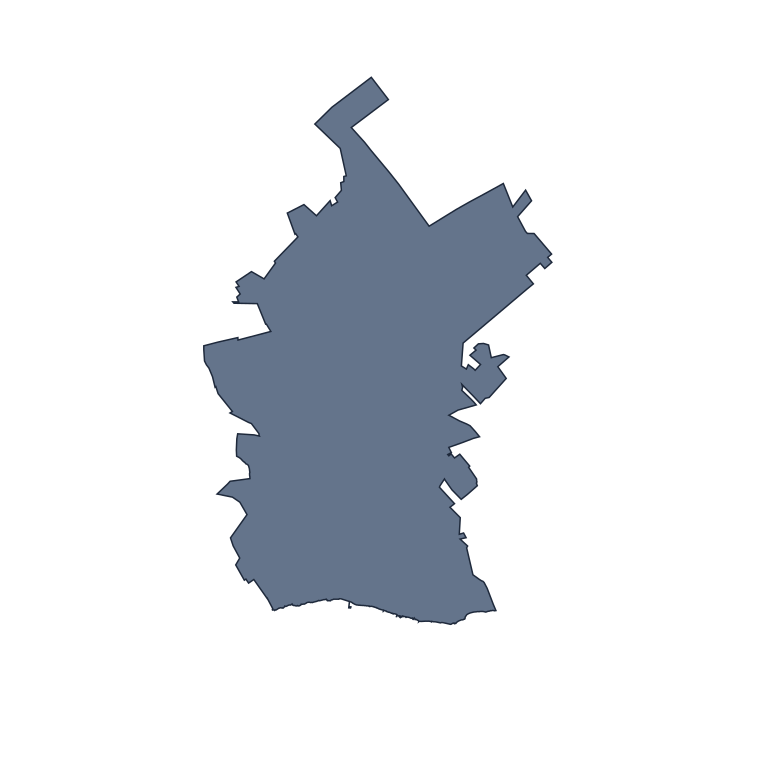 the district of Campeche, Campeche, Mexico, rotated 230°
{"feature_id": "50627088B29480766363328", "entity_name": "Campeche", "entity_type": "district", "adm_level": 2, "iso_a3": "MEX", "parent_name": "Mexico", "parent_adm1": "Campeche", "projection": "mercator", "projection_center": [-90.58, 19.715], "detail": "fine", "context": "isolated", "style": "filled", "palette": "slate", "viewbox_px": 768, "rotation_deg": 230, "n_neighbors": 0, "source": "geoboundaries", "source_scale": "gbopen_adm2", "svg_char_len": 6015}
<svg xmlns="http://www.w3.org/2000/svg" viewBox="0 0 768 768"><g transform="rotate(230 384 384)"><path d="M508.7,260.1L499.8,257.3L490.1,252.5L490.1,253.5L483.2,250.7L460.4,250.2L460.8,247.4L441.7,255.5L438.9,257.0L426.3,256.3L425.2,255.4L424.2,255.1L428.5,251.8L439.9,239.9L436.6,236.0L428.4,228.5L423.4,224.7L421.0,225.7L418.7,226.3L417.6,226.2L417.2,226.4L416.3,226.3L414.0,226.7L413.8,226.9L411.5,226.9L410.6,227.5L408.8,227.8L405.8,226.5L402.4,224.3L402.1,223.7L400.4,222.3L399.7,222.0L397.7,220.5L408.4,203.6L407.9,199.8L407.0,185.4L394.7,195.2L386.1,197.6L372.0,195.1L364.8,167.5L357.0,164.4L343.4,161.6L340.7,154.1L323.5,150.9L323.3,152.8L318.5,152.3L317.9,158.6L294.5,156.6L294.6,156.8L283.5,154.4L282.9,153.4L282.5,153.3L281.5,154.6L281.1,154.9L280.8,154.8L280.7,155.7L280.3,156.0L279.8,159.5L279.4,160.0L279.2,160.9L278.0,161.8L278.0,162.1L277.7,162.1L277.1,162.9L277.3,164.1L277.2,164.8L277.6,165.2L276.6,166.0L276.1,167.6L276.1,168.4L275.8,168.7L275.6,169.4L274.8,170.2L274.8,170.8L274.6,171.0L274.5,171.5L274.6,172.2L274.2,172.2L273.8,171.8L273.3,171.9L273.0,172.2L272.4,172.4L272.1,172.6L271.8,173.2L270.8,173.7L270.7,173.9L270.2,174.3L269.9,174.8L270.0,175.2L269.1,175.6L268.7,176.4L268.5,176.5L268.2,177.8L268.3,178.6L268.6,178.9L268.5,179.1L268.1,179.2L268.0,179.7L267.4,180.3L267.0,181.2L266.5,181.6L266.1,183.8L266.2,184.2L266.0,184.7L265.0,186.4L263.8,187.2L263.2,188.2L262.6,188.6L262.2,189.8L260.7,192.8L260.2,194.7L259.9,194.7L259.6,195.3L259.3,195.4L257.8,198.6L257.8,198.9L256.9,200.0L256.3,201.4L255.9,201.2L255.3,201.5L254.9,201.3L254.4,201.3L254.3,201.8L254.1,201.8L253.2,202.6L252.8,203.3L252.3,203.7L252.5,204.1L252.3,205.2L251.9,205.6L251.6,207.0L248.3,210.9L248.1,211.5L248.2,211.8L247.8,212.1L247.2,212.9L239.6,217.7L235.2,213.1L233.8,214.5L233.7,214.8L235.1,213.4L235.6,213.9L234.4,215.1L234.0,214.8L234.5,215.4L236.0,214.0L239.6,217.8L238.0,218.7L237.2,219.0L236.5,219.2L236.4,219.1L233.9,220.1L232.2,221.1L231.8,221.6L230.5,222.7L230.0,223.5L229.4,223.8L228.3,225.1L228.0,225.3L227.7,225.8L227.0,226.4L226.7,226.6L226.5,227.0L225.7,227.7L225.2,228.0L224.9,228.5L224.3,229.1L223.9,229.3L223.7,229.7L223.3,230.0L222.8,229.8L222.6,230.0L222.8,229.9L223.1,230.0L222.2,230.8L221.8,231.5L220.3,232.7L220.2,232.6L219.3,233.2L219.1,233.0L219.3,233.3L218.8,233.5L218.0,234.1L217.5,234.4L217.4,234.3L217.2,234.4L217.3,234.5L216.5,234.8L216.5,234.7L216.3,235.1L215.4,235.3L213.8,236.3L213.7,236.1L213.8,236.4L213.7,236.3L211.0,238.2L210.7,238.2L210.2,237.3L210.1,237.5L210.2,237.4L210.7,238.2L210.4,238.2L210.4,238.6L208.7,239.7L208.4,239.8L208.2,239.6L207.6,240.0L206.7,240.5L206.0,241.0L205.9,241.2L205.1,241.7L204.2,242.2L203.7,242.2L203.1,242.9L202.9,243.1L202.7,243.0L202.6,243.3L201.9,243.5L201.4,243.0L201.7,243.6L201.7,243.9L201.1,244.5L199.4,245.6L199.0,245.7L198.8,245.6L197.8,243.9L197.4,243.7L198.5,245.2L197.2,245.9L197.3,246.0L196.4,246.6L196.0,246.1L194.5,246.3L194.5,246.5L195.9,246.2L196.4,246.9L195.4,247.6L195.0,246.9L194.4,247.3L194.2,247.6L194.6,248.2L194.0,248.6L194.3,249.2L193.4,249.7L193.2,249.6L193.0,250.0L192.4,250.4L191.7,251.1L191.1,251.4L190.9,251.0L190.7,251.2L190.9,251.1L191.0,251.5L190.7,251.6L190.4,252.1L188.9,253.3L187.2,254.1L186.7,254.7L186.6,255.2L186.0,255.7L185.3,255.9L185.2,255.1L184.9,255.0L184.7,255.1L185.0,255.0L185.1,256.3L185.0,256.2L185.0,255.2L184.9,255.2L184.9,256.2L183.8,256.8L183.5,256.5L183.4,256.6L183.7,256.8L183.6,257.0L180.7,258.2L180.3,258.1L179.8,258.3L179.6,258.0L179.6,258.5L179.2,258.8L178.1,260.0L175.5,263.5L174.6,264.5L173.5,265.9L172.2,267.0L171.8,267.2L171.6,267.7L171.2,267.6L171.2,267.8L171.3,267.7L171.5,267.9L171.2,268.2L169.9,269.2L169.1,270.2L167.7,271.4L164.7,273.7L164.4,274.6L163.4,275.7L157.1,280.5L156.8,281.1L156.6,282.6L156.1,283.7L155.8,284.0L155.4,283.8L155.1,283.8L155.0,284.0L155.4,283.8L155.6,284.0L155.2,284.5L154.6,285.3L154.7,286.5L154.6,288.2L154.4,289.1L153.5,291.8L152.6,292.9L152.5,293.9L152.1,294.5L152.1,295.1L153.3,296.4L154.0,298.8L154.1,299.2L153.7,301.3L153.1,303.1L151.6,306.2L150.0,308.5L149.9,308.8L149.3,309.7L148.4,310.5L148.2,311.1L146.7,313.0L145.8,313.9L143.8,315.4L143.1,317.4L142.0,319.2L142.0,319.9L141.3,320.5L140.6,321.9L139.2,322.9L138.5,324.1L145.0,326.1L161.2,331.7L167.6,333.1L169.5,332.9L170.3,332.3L173.5,331.3L180.7,329.5L205.4,342.0L206.1,343.9L216.3,342.6L213.5,348.1L218.7,349.2L220.5,345.1L232.6,356.5L247.2,355.3L247.0,361.1L269.3,360.1L270.0,361.4L272.4,369.3L270.8,369.0L259.3,368.0L246.0,369.0L245.8,377.2L246.1,390.1L248.6,391.0L248.7,391.5L249.2,391.8L249.3,392.3L250.2,392.7L251.8,393.9L265.8,395.3L266.0,396.9L281.5,396.9L282.0,390.5L287.3,390.5L287.3,387.5L289.0,387.5L288.1,391.5L293.8,392.9L288.6,406.8L284.9,417.5L282.2,423.3L289.2,423.4L296.7,423.1L300.1,421.7L307.2,418.1L318.4,413.6L316.4,424.0L308.7,441.2L311.7,441.2L316.6,440.9L329.1,439.5L331.0,442.2L333.6,443.4L316.2,444.7L306.9,445.2L308.0,452.3L306.1,455.9L309.7,481.2L324.1,482.3L324.4,497.1L328.5,495.3L329.7,494.5L330.1,493.8L335.2,483.1L346.7,489.2L351.1,486.3L354.1,482.1L353.8,476.0L350.8,476.3L350.8,468.3L336.9,470.5L335.9,462.6L337.8,462.5L344.6,461.0L342.5,456.7L348.1,454.9L364.5,470.9L364.8,554.4L364.7,562.8L375.8,562.9L376.0,581.3L369.1,581.4L369.3,590.8L375.8,590.8L375.8,595.9L402.8,595.7L407.2,590.6L410.0,590.5L426.3,593.9L429.5,614.8L441.5,617.1L436.8,596.4L460.9,604.3L464.3,587.0L468.6,566.0L471.2,551.9L475.9,520.0L527.8,523.7L543.6,524.1L571.3,524.2L581.4,524.5L601.5,523.8L599.1,570.2L627.1,571.4L629.5,522.0L627.6,498.1L592.6,501.9L567.7,488.9L568.8,486.6L564.9,483.4L566.0,480.2L559.7,475.8L558.2,466.4L553.2,465.4L554.2,458.5L559.1,460.6L556.3,440.4L572.9,438.0L577.1,419.8L556.0,412.1L556.0,413.0L552.0,412.6L548.5,378.9L546.4,378.6L541.6,359.7L555.3,354.7L557.3,336.3L551.9,335.7L553.2,332.7L545.4,331.7L545.2,327.1L540.4,325.4L544.1,321.0L542.3,321.0L527.0,338.6L505.9,331.8L505.5,332.4L497.0,331.1L511.5,300.4L513.5,301.9L522.8,283.8L529.1,270.5L526.1,268.0L517.0,261.3L512.9,260.3L508.7,260.1Z" fill="#64748b" stroke="#1e293b" stroke-width="1.5"/></g></svg>